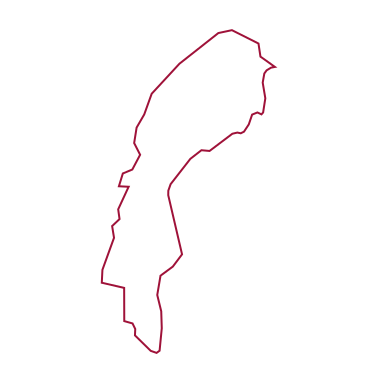 Middlesex, Virginia, United States of America, rotated 78°
{"feature_id": "52423323B72880351816690", "entity_name": "Middlesex", "entity_type": "district", "adm_level": 2, "iso_a3": "USA", "parent_name": "United States of America", "parent_adm1": "Virginia", "projection": "natural_earth1", "projection_center": [-76.544, 37.64], "detail": "fine", "context": "isolated", "style": "outline", "palette": "rose", "viewbox_px": 384, "rotation_deg": 78, "n_neighbors": 0, "source": "geoboundaries", "source_scale": "gbopen_adm2", "svg_char_len": 820}
<svg xmlns="http://www.w3.org/2000/svg" viewBox="0 0 384 384"><g transform="rotate(78 192 192)"><path d="M106.2,222.6L117.5,232.8L132.1,238.4L144.8,235.0L157.6,245.7L159.5,255.8L171.2,262.3L173.7,252.9L193.6,267.8L203.4,268.5L208.7,277.2L220.6,277.8L249.5,295.8L262.0,299.1L271.7,278.3L304.2,285.1L308.2,277.5L314.2,276.0L320.4,277.6L338.8,265.4L342.0,260.1L340.5,256.7L319.0,249.9L302.3,246.9L285.5,247.4L267.3,240.2L261.0,226.3L250.9,214.7L190.2,215.9L185.8,214.9L179.9,211.3L159.2,186.7L153.1,174.1L155.5,166.3L143.4,140.4L143.3,135.3L144.7,132.1L143.8,128.6L137.7,122.4L128.8,117.1L127.8,111.5L130.5,107.9L129.0,105.9L115.6,100.8L99.7,100.1L91.1,96.6L88.5,93.7L86.8,88.8L86.9,84.9L73.8,96.9L60.6,96.1L42.0,119.3L42.0,133.2L63.9,177.6L87.5,211.0L106.2,222.6Z" fill="none" stroke="#9f1239" stroke-width="2"/></g></svg>